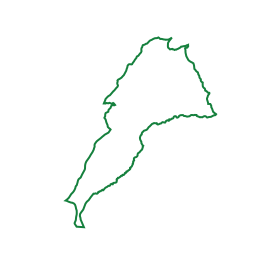 the district of Herrán, Norte de Santander, Colombia, rotated 62°
{"feature_id": "7082276B14743342405836", "entity_name": "Herrán", "entity_type": "district", "adm_level": 2, "iso_a3": "COL", "parent_name": "Colombia", "parent_adm1": "Norte de Santander", "projection": "natural_earth1", "projection_center": [-72.49, 7.478], "detail": "fine", "context": "isolated", "style": "outline", "palette": "green", "viewbox_px": 256, "rotation_deg": 62, "n_neighbors": 0, "source": "geoboundaries", "source_scale": "gbopen_adm2", "svg_char_len": 5798}
<svg xmlns="http://www.w3.org/2000/svg" viewBox="0 0 256 256"><g transform="rotate(62 128 128)"><path d="M81.1,115.0L81.9,115.2L82.7,115.8L83.1,116.3L83.4,116.5L84.5,116.8L85.2,116.8L85.9,117.0L86.7,118.0L87.1,119.4L88.5,122.7L88.6,123.5L90.6,128.6L90.6,130.3L91.2,132.4L92.0,134.4L93.0,135.3L94.0,136.6L95.0,137.8L95.8,136.4L95.7,135.4L96.2,135.0L96.5,134.3L97.0,133.7L97.0,132.7L97.2,132.4L98.3,131.6L98.9,130.9L99.0,130.3L98.9,129.4L99.6,129.0L101.6,128.6L101.6,128.8L101.5,129.5L100.8,130.5L100.5,131.4L100.5,131.7L100.7,132.4L101.0,132.9L102.0,133.9L102.6,136.0L103.0,136.8L104.4,137.8L104.3,139.7L104.3,140.6L104.5,141.0L105.3,141.7L107.1,142.8L107.7,143.9L108.3,144.1L109.5,143.8L110.1,143.8L113.1,144.5L115.9,144.7L117.1,145.2L117.7,145.3L119.6,144.7L120.6,144.2L121.2,144.1L122.9,147.4L123.0,151.9L123.3,152.9L123.6,154.6L124.2,157.0L124.8,160.6L125.2,162.2L126.3,164.4L126.6,164.9L127.4,165.6L128.6,166.1L129.5,166.9L130.0,167.6L130.9,168.3L132.7,170.8L134.0,173.2L135.7,175.9L138.0,180.5L138.7,181.4L139.4,182.2L140.7,183.3L143.6,185.0L144.5,185.8L147.4,190.2L149.5,193.0L150.0,195.5L150.4,196.2L151.3,197.2L152.4,198.1L154.5,200.2L154.8,201.2L155.4,202.0L156.2,202.6L156.8,203.3L158.0,204.9L158.9,206.7L159.7,209.2L161.8,212.9L162.4,214.9L162.8,217.1L163.3,216.5L165.6,214.7L167.0,213.4L168.0,212.1L169.5,211.1L170.9,210.8L172.8,211.1L174.8,211.7L176.9,212.1L178.9,213.1L180.1,213.8L182.4,215.7L184.5,217.1L185.0,217.5L186.7,219.6L187.1,219.9L187.6,220.0L191.0,219.7L194.9,213.5L186.6,212.8L185.1,212.2L183.1,211.8L181.4,210.6L180.6,209.2L179.0,205.8L174.8,201.0L173.8,199.0L173.2,196.5L171.6,193.4L169.8,189.3L170.3,188.5L170.5,187.3L171.3,186.5L171.5,185.8L171.3,185.1L170.8,184.7L170.6,184.3L170.9,183.7L170.6,183.3L170.6,182.8L171.0,181.8L170.7,180.9L170.6,180.1L171.0,179.8L171.0,179.5L170.8,179.2L171.2,178.9L171.0,178.7L171.0,178.1L170.5,177.1L170.1,175.8L170.2,174.3L170.0,173.3L169.9,172.6L170.0,172.0L170.4,171.5L170.4,171.1L170.1,170.4L169.5,169.7L169.7,169.1L169.7,168.4L170.5,167.9L170.3,167.5L169.8,167.2L169.7,166.8L169.8,166.1L170.3,165.1L170.5,164.0L170.4,163.6L170.1,163.2L169.4,162.9L168.9,162.3L168.1,162.2L167.7,161.6L167.8,160.9L167.3,160.3L167.6,159.8L167.6,158.8L167.4,158.1L167.5,157.6L167.0,156.7L167.4,155.7L167.0,155.3L166.8,154.8L166.9,154.4L167.4,154.0L167.4,153.5L167.1,152.7L166.3,151.9L166.3,151.6L166.6,151.2L166.6,150.8L165.7,149.9L165.7,149.5L166.1,149.2L166.1,148.8L165.6,147.8L165.6,146.5L165.3,145.5L165.0,145.0L164.4,145.1L164.1,144.9L163.8,143.0L163.3,142.2L162.7,141.5L162.3,140.8L162.0,140.5L161.6,140.5L161.4,140.0L161.0,139.8L160.7,139.4L159.9,139.1L159.7,138.7L159.7,138.1L159.4,137.7L158.3,137.5L157.5,136.9L157.2,135.9L157.5,134.4L157.3,133.2L156.8,132.5L155.8,131.9L155.1,131.2L154.9,130.3L154.9,129.3L154.6,128.8L154.4,128.1L154.0,127.3L153.7,125.9L153.4,125.4L152.7,124.9L152.3,124.2L151.4,123.8L150.9,122.9L150.1,123.2L147.8,123.3L146.4,122.7L144.1,122.7L143.1,122.4L142.3,122.1L141.8,121.7L140.7,120.5L140.4,120.0L140.2,119.0L140.0,118.8L139.5,118.6L139.0,118.1L138.5,117.3L138.4,116.6L138.0,115.6L137.9,115.2L138.3,112.9L138.3,112.1L137.8,110.9L137.2,109.8L136.9,109.2L136.8,108.0L136.6,107.7L136.4,107.0L136.2,106.5L136.2,106.1L135.8,105.2L135.7,104.6L135.9,103.6L135.8,103.1L136.1,102.3L136.6,101.8L137.2,100.4L137.6,100.3L138.0,100.5L138.3,100.5L138.9,100.0L139.1,99.3L139.2,97.5L139.5,96.8L139.1,95.4L139.1,94.7L140.6,92.8L140.6,92.5L139.8,91.4L139.6,90.3L139.8,89.3L140.0,89.1L140.4,89.0L140.6,88.9L140.8,88.5L140.6,88.2L140.1,87.9L139.7,87.5L139.9,87.1L140.5,86.8L140.6,86.5L140.3,84.9L140.6,84.4L140.6,83.5L139.7,82.4L139.5,81.9L139.6,81.1L139.9,80.5L140.2,80.2L141.5,80.1L141.8,79.9L142.0,79.6L142.1,78.4L141.4,77.3L141.3,76.5L141.4,75.5L142.1,74.0L142.4,73.4L143.7,72.9L144.5,71.6L145.2,71.0L145.7,70.5L146.5,68.2L146.2,66.2L146.6,65.3L147.5,64.1L147.7,63.1L148.4,61.9L148.7,61.4L149.6,61.6L149.9,61.5L151.1,60.3L151.9,59.8L152.4,59.3L152.5,58.7L153.4,57.4L153.3,55.7L153.6,54.6L154.1,54.0L154.6,53.7L155.8,53.3L156.0,53.0L156.3,51.4L157.1,49.5L157.1,46.3L157.6,45.1L157.5,44.3L157.2,43.7L156.6,43.9L155.5,44.6L154.8,44.7L154.2,45.1L153.5,45.2L150.5,44.7L148.7,44.7L147.6,44.1L145.9,44.0L145.4,44.1L144.4,45.9L143.7,45.6L142.6,45.3L139.9,44.8L139.4,44.6L138.8,44.2L138.1,43.3L136.9,42.2L135.9,40.1L135.7,39.9L135.1,39.7L134.2,40.9L132.5,41.3L131.9,41.7L131.4,42.2L130.9,42.2L130.2,41.8L129.1,41.7L128.2,42.2L127.3,42.4L126.6,42.4L126.1,42.3L123.7,41.2L123.1,40.7L122.8,40.7L122.1,41.2L121.3,41.5L120.7,41.5L120.0,41.4L119.2,40.8L117.4,41.2L116.7,41.1L115.4,40.6L114.7,40.6L113.8,40.8L113.5,40.6L111.7,40.2L110.8,40.7L109.3,41.2L108.2,41.2L107.4,41.6L106.9,41.6L103.7,40.3L101.6,39.9L100.2,40.7L98.8,41.7L97.2,42.5L96.2,42.8L92.0,42.8L88.7,41.9L87.3,41.3L86.9,41.0L85.8,40.6L84.4,40.2L84.5,39.1L84.8,38.1L84.8,37.8L84.1,36.5L83.9,36.4L83.8,36.5L83.6,36.5L82.8,36.0L82.7,37.1L82.5,37.5L82.6,38.1L82.6,38.6L81.8,40.7L81.5,42.0L81.1,42.9L81.4,43.6L81.6,45.0L81.5,45.6L81.6,46.3L81.4,47.6L81.5,48.4L81.0,49.4L81.0,50.2L80.1,50.8L79.5,51.6L79.1,51.6L78.9,51.8L78.6,53.0L78.3,54.0L77.3,54.2L76.9,54.5L76.4,54.7L75.7,54.8L74.5,54.4L72.1,53.0L71.5,52.5L70.4,50.6L68.8,46.8L69.0,49.4L68.9,50.9L68.0,52.7L67.9,53.2L67.4,53.6L66.9,54.5L65.2,56.4L64.6,57.6L64.2,57.9L63.4,58.1L62.3,58.7L62.3,59.9L62.2,60.3L61.4,62.0L61.3,63.0L61.2,63.6L61.3,65.9L61.1,67.2L61.4,68.6L62.3,71.1L62.4,71.8L62.3,72.1L62.1,72.5L62.2,74.3L61.8,75.9L62.0,76.3L63.4,77.7L63.7,78.4L64.1,78.8L65.5,79.7L66.4,79.9L67.4,81.0L68.0,82.7L69.0,84.8L69.1,85.3L69.0,86.4L69.1,86.7L70.1,87.8L70.9,89.7L72.1,91.7L72.7,93.1L73.6,94.5L73.5,95.0L73.2,95.5L72.6,96.3L72.3,97.0L72.2,97.6L72.3,97.9L72.8,99.1L74.4,100.4L74.9,101.1L76.6,102.7L79.4,106.9L79.8,108.3L80.5,110.1L80.7,112.1L80.7,114.1L81.0,114.6L81.1,115.0Z" fill="none" stroke="#15803d" stroke-width="2"/></g></svg>